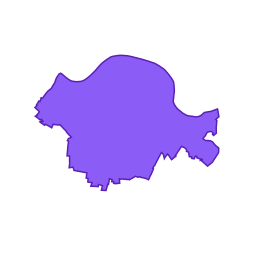 the district of Khoai Chau, Hưng Yên, Vietnam, rotated 123°
{"feature_id": "81297802B59998896925567", "entity_name": "Khoai Chau", "entity_type": "district", "adm_level": 2, "iso_a3": "VNM", "parent_name": "Vietnam", "parent_adm1": "Hưng Yên", "projection": "robinson", "projection_center": [105.98, 20.831], "detail": "fine", "context": "isolated", "style": "filled", "palette": "violet", "viewbox_px": 256, "rotation_deg": 123, "n_neighbors": 0, "source": "geoboundaries", "source_scale": "gbopen_adm2", "svg_char_len": 5232}
<svg xmlns="http://www.w3.org/2000/svg" viewBox="0 0 256 256"><g transform="rotate(123 128 128)"><path d="M193.4,121.1L191.5,122.0L190.9,120.2L190.3,118.0L193.3,116.9L194.7,116.4L192.4,112.4L188.3,113.7L186.7,114.2L186.6,113.9L185.8,114.2L185.6,113.8L182.8,115.0L180.7,115.9L179.9,113.2L181.9,112.5L180.9,111.0L182.1,110.1L181.6,109.6L181.8,109.3L181.4,108.6L181.7,108.4L181.5,108.2L180.4,106.8L178.8,104.9L175.4,107.6L175.0,106.5L174.7,105.9L174.3,105.5L174.0,105.3L173.7,105.0L173.6,104.7L173.5,104.3L173.4,103.9L173.1,103.3L172.9,102.8L172.5,102.4L172.2,102.1L172.0,101.8L171.9,101.5L171.9,101.2L171.8,100.9L171.6,100.5L171.3,100.2L171.0,99.8L170.8,99.5L170.7,99.2L170.7,98.9L170.7,98.6L170.0,98.4L169.5,98.0L168.4,97.4L166.2,96.3L164.4,95.4L163.9,92.8L163.6,92.7L163.1,92.3L162.9,92.1L162.5,91.7L162.3,91.3L162.6,90.9L161.1,87.2L160.6,85.3L160.3,83.9L160.2,82.6L159.4,82.7L158.4,82.8L157.1,83.1L156.0,83.3L155.2,83.4L154.6,83.3L148.4,84.4L148.4,85.3L145.4,85.5L145.1,85.2L138.8,85.9L133.1,86.4L130.4,86.6L130.5,85.2L130.8,84.3L131.7,83.1L133.8,80.9L132.4,81.0L128.3,80.7L129.2,78.0L130.4,75.3L130.8,74.2L125.9,72.6L125.5,72.5L125.5,73.2L125.0,73.2L120.1,73.2L114.3,73.1L114.1,72.2L113.9,70.7L113.8,69.5L113.8,68.4L114.6,67.0L114.9,66.4L115.5,66.3L115.8,66.2L115.2,64.1L115.9,63.4L117.3,62.3L118.7,60.9L117.5,59.0L118.7,58.1L118.7,57.7L118.4,57.1L117.8,55.7L115.6,56.0L115.0,56.1L114.4,54.9L115.5,53.9L114.6,50.4L115.7,49.8L115.0,49.4L114.5,49.3L114.0,49.3L114.0,48.4L114.5,48.3L115.1,48.4L115.4,48.6L116.6,40.5L115.3,40.1L113.6,39.5L111.0,38.6L102.9,38.6L100.3,38.6L99.3,38.7L97.4,39.7L96.1,40.6L95.7,40.8L95.7,41.2L95.4,41.2L95.2,42.1L95.1,44.1L95.1,44.3L94.9,45.1L94.7,46.1L94.5,46.8L93.8,48.7L93.6,49.6L93.6,50.1L93.7,50.8L93.8,51.6L93.9,52.2L95.1,53.8L94.9,54.1L96.2,56.0L96.3,57.7L96.2,58.7L96.0,59.2L94.6,59.2L93.1,59.0L92.2,58.9L90.2,59.2L88.4,59.2L86.9,57.9L85.5,56.1L85.6,55.0L86.0,53.6L87.2,53.8L87.4,53.0L87.6,52.1L85.5,51.5L84.3,51.1L79.6,54.2L73.3,57.6L73.0,59.1L72.5,58.9L71.3,58.6L69.6,58.1L69.3,57.9L68.8,58.0L67.8,59.1L64.9,61.7L63.3,63.3L63.5,63.5L66.9,66.0L69.1,67.7L70.4,69.2L71.6,70.5L73.2,72.2L74.0,72.6L75.2,72.9L76.3,73.2L77.6,73.6L79.6,74.8L80.5,75.7L81.7,77.1L82.4,78.6L83.2,80.5L83.9,81.9L84.1,82.2L85.0,84.2L85.5,86.3L85.6,87.7L85.6,88.0L85.7,89.6L85.6,91.3L85.4,92.9L85.3,94.2L85.1,96.3L84.5,98.5L83.5,101.0L82.6,102.6L81.5,104.1L80.9,104.7L77.6,106.3L75.7,107.3L73.3,108.5L71.7,109.3L69.7,110.7L67.8,112.2L67.3,112.5L67.0,112.8L65.4,114.1L64.4,115.1L63.6,116.6L62.8,118.1L61.9,120.5L61.1,122.6L60.9,123.1L60.2,125.5L59.3,128.6L59.1,129.9L59.0,131.3L59.0,132.5L59.0,133.2L59.0,133.6L58.9,134.9L59.0,136.6L59.0,137.8L59.1,139.0L59.1,139.8L59.2,140.5L59.4,141.7L59.7,142.7L60.1,144.1L60.4,145.3L60.6,146.3L60.9,147.5L62.8,153.9L63.6,156.3L63.9,157.1L64.3,158.3L64.6,159.3L64.9,160.0L65.9,163.1L67.6,167.5L68.6,169.4L70.5,172.9L70.7,173.1L71.7,174.7L72.4,175.5L72.9,176.2L74.3,177.7L75.8,179.4L77.3,180.7L77.5,180.9L78.3,181.4L78.4,181.5L78.9,181.6L81.7,182.9L84.2,183.9L87.2,184.9L89.6,185.5L92.5,186.0L97.1,186.6L99.3,187.0L102.8,187.8L103.9,188.0L104.3,188.1L108.1,189.3L111.0,190.4L112.9,191.5L114.0,192.4L114.9,193.3L116.6,195.5L117.9,197.6L118.5,199.0L119.0,200.0L119.5,201.7L119.5,202.0L119.6,204.1L119.4,207.9L118.9,211.2L118.7,212.8L118.7,213.9L118.7,214.3L119.7,214.9L120.4,215.3L121.7,215.2L123.6,215.3L125.4,215.2L127.6,214.7L128.7,214.5L129.5,214.2L130.1,214.1L133.7,214.1L134.2,214.0L134.8,214.0L135.8,213.9L136.6,214.0L137.8,214.3L138.9,214.6L139.8,215.1L142.5,215.5L144.4,215.7L146.5,215.8L147.5,215.8L148.8,215.9L149.4,215.9L149.6,216.0L149.8,216.5L149.8,217.0L149.9,217.3L150.0,217.3L150.6,217.2L151.3,216.7L152.3,216.4L153.1,216.4L153.8,216.3L153.8,217.4L158.2,217.3L158.6,217.3L158.6,216.6L159.7,216.7L160.6,216.9L161.5,217.2L161.7,216.3L161.9,215.4L162.0,214.4L162.1,213.6L162.3,212.6L162.5,211.8L162.5,211.7L162.6,211.2L163.0,211.2L164.0,211.2L164.8,211.2L165.4,211.4L166.9,211.6L167.0,211.1L168.6,212.1L168.7,209.7L169.1,206.1L167.9,205.4L168.3,204.2L168.6,203.0L169.3,203.3L169.6,203.5L169.4,204.3L170.9,205.2L171.0,204.1L171.0,203.6L171.1,201.6L171.1,199.4L169.9,199.4L169.8,198.6L169.7,197.4L169.5,195.5L169.4,193.5L169.4,192.1L167.4,192.4L166.7,192.6L166.1,192.7L165.7,192.8L164.9,191.0L163.9,189.0L162.8,187.1L162.3,186.9L162.8,184.7L163.5,182.0L164.0,179.6L164.3,178.1L164.4,177.9L164.6,177.7L164.8,177.6L165.9,173.9L166.3,171.3L166.5,170.5L167.3,170.8L168.2,171.5L168.7,171.9L169.1,172.1L169.5,172.2L170.1,172.2L170.3,172.1L170.6,172.0L170.8,171.9L171.1,171.9L171.6,172.0L171.7,171.4L171.7,170.8L171.8,170.6L172.0,170.4L172.5,170.1L174.8,169.1L177.7,167.6L184.6,163.9L183.3,161.9L184.1,161.3L185.5,160.3L186.2,159.9L186.6,159.6L187.3,159.2L188.1,158.6L188.8,158.1L189.4,157.7L189.8,157.5L190.3,157.2L190.9,156.9L191.9,156.5L192.6,156.1L193.4,155.7L193.0,155.2L192.2,154.4L191.2,153.3L190.8,152.7L191.2,152.3L193.0,150.2L192.3,148.5L191.7,147.2L191.4,146.1L190.6,144.5L190.3,143.8L189.7,142.1L188.1,138.4L188.0,138.1L189.1,137.6L192.8,135.8L192.1,134.1L192.8,133.6L193.7,133.1L194.8,132.5L195.2,132.2L194.7,131.1L194.1,129.8L193.7,129.0L193.4,128.3L193.7,128.2L195.4,127.9L197.1,127.5L195.5,124.9L193.4,121.1Z" fill="#8b5cf6" stroke="#5b21b6" stroke-width="1.5"/></g></svg>